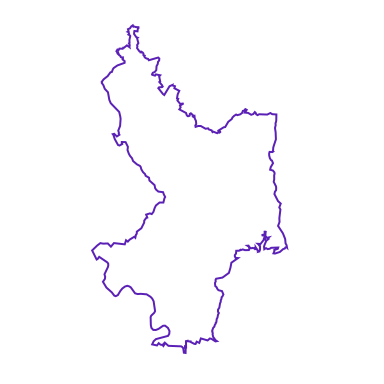 Caseiu, Cluj, Romania, rotated 5°
{"feature_id": "2599482B80732485367147", "entity_name": "Caseiu", "entity_type": "district", "adm_level": 2, "iso_a3": "ROU", "parent_name": "Romania", "parent_adm1": "Cluj", "projection": "mercator", "projection_center": [23.866, 47.234], "detail": "fine", "context": "isolated", "style": "outline", "palette": "violet", "viewbox_px": 384, "rotation_deg": 5, "n_neighbors": 0, "source": "geoboundaries", "source_scale": "gbopen_adm2", "svg_char_len": 6040}
<svg xmlns="http://www.w3.org/2000/svg" viewBox="0 0 384 384"><g transform="rotate(5 192 192)"><path d="M291.5,239.1L290.8,236.6L289.7,235.1L288.9,230.7L286.2,225.3L280.7,218.3L281.8,214.2L281.3,210.4L281.6,201.7L280.3,199.8L281.4,195.8L278.5,193.6L274.3,186.9L274.6,184.4L275.6,182.9L275.5,180.5L275.2,179.1L272.5,174.7L272.8,172.3L272.4,168.1L272.7,166.7L272.4,165.3L270.8,163.6L267.9,163.0L268.3,160.3L270.2,156.3L268.9,153.7L268.0,153.4L266.6,151.5L265.7,148.8L265.5,146.8L265.8,145.3L268.7,145.2L269.3,144.6L268.8,144.4L269.1,143.9L269.1,140.4L271.0,132.2L270.1,125.2L269.1,121.0L269.5,118.2L269.2,116.1L269.6,114.8L269.7,113.3L269.3,107.4L265.1,107.5L263.2,106.5L260.2,108.3L252.1,108.7L250.6,109.7L249.2,109.0L248.5,107.6L247.6,106.9L246.3,109.0L244.2,109.9L241.0,108.3L237.7,108.3L239.3,105.4L237.9,104.8L236.6,106.6L235.6,106.8L235.0,108.9L233.2,110.5L230.4,111.5L229.2,111.0L227.3,112.5L225.9,114.1L225.2,115.9L222.0,118.9L219.4,124.4L217.9,124.8L212.2,129.1L213.1,128.8L214.8,129.4L214.9,129.8L214.2,130.5L212.6,130.5L212.0,131.2L207.8,130.0L207.2,130.5L206.2,128.9L203.3,128.2L202.5,127.2L200.0,127.8L195.0,125.5L192.4,125.7L189.9,126.8L189.5,125.4L190.3,123.9L189.7,120.8L188.3,118.4L187.8,115.8L186.9,116.0L186.9,117.1L186.6,117.0L186.0,116.3L186.0,115.2L184.0,113.7L183.0,114.4L183.0,116.1L182.2,116.7L181.0,116.8L180.0,115.8L179.2,113.8L172.2,110.8L173.3,108.6L172.5,107.0L175.9,104.5L172.6,105.3L169.5,102.1L170.1,100.4L168.9,100.1L169.2,96.1L170.5,92.3L165.4,90.2L165.8,88.1L163.0,87.5L163.1,87.1L160.4,88.6L155.9,97.8L154.6,97.0L149.4,91.5L150.0,90.6L153.1,90.1L154.2,88.9L153.4,89.4L152.9,88.3L149.9,85.3L150.7,84.7L149.2,79.7L150.1,78.5L145.8,78.0L145.0,79.3L142.1,78.7L141.9,78.3L142.6,76.6L144.3,75.8L145.8,73.7L145.7,69.8L146.7,67.5L146.8,65.3L147.8,63.9L147.8,61.9L146.6,61.0L137.5,64.5L136.6,63.2L135.0,63.0L133.2,62.0L132.7,61.2L133.0,60.3L131.7,59.9L131.5,58.2L130.8,57.4L129.6,56.8L129.4,57.4L128.5,57.4L128.3,56.7L127.3,56.4L124.7,53.4L124.9,51.6L124.5,50.4L125.6,48.4L123.8,43.4L124.3,43.0L123.0,42.6L120.5,39.6L120.5,37.3L120.6,36.6L123.7,36.7L123.8,33.6L124.4,33.3L124.3,32.5L121.6,32.6L119.7,32.1L119.2,32.4L118.5,31.1L117.0,32.4L115.9,34.4L114.0,35.4L114.8,37.4L114.0,38.0L114.9,38.3L115.5,39.7L114.9,40.7L116.5,41.4L116.9,42.0L116.4,46.0L116.8,48.9L116.2,49.4L117.0,50.6L117.2,51.9L116.9,52.6L117.1,53.2L114.4,51.6L111.7,54.2L110.9,54.2L110.5,55.3L107.2,55.5L106.5,57.0L105.3,56.6L104.1,59.1L104.7,58.3L105.8,60.6L107.2,61.7L105.8,60.0L106.2,59.5L107.5,62.0L108.8,62.7L109.3,63.8L110.4,64.2L111.4,63.9L111.6,64.8L111.3,66.0L113.5,67.5L113.6,69.2L106.7,72.4L103.2,75.3L102.5,76.5L101.7,79.4L100.3,79.9L97.9,83.9L94.1,87.5L92.5,90.1L92.8,90.4L92.6,91.2L94.4,93.3L96.1,96.8L99.6,100.0L101.6,107.4L103.3,110.6L112.5,118.6L114.0,123.2L114.5,125.4L114.6,132.5L113.2,137.3L114.0,139.3L113.9,140.1L114.7,141.3L112.3,143.2L109.4,140.8L108.1,141.3L108.7,141.9L110.4,145.9L114.2,151.6L115.7,152.0L119.0,149.9L117.8,150.0L117.7,148.3L121.5,148.1L124.2,152.6L124.1,155.8L125.7,159.3L127.0,161.3L129.3,163.6L130.6,166.3L134.8,169.3L137.8,170.5L138.7,171.5L139.6,173.9L141.5,176.5L143.7,178.3L144.4,179.9L147.9,181.5L148.6,184.3L154.1,188.4L155.0,191.5L156.2,192.9L158.4,194.5L163.2,194.7L164.2,197.0L165.7,199.3L165.1,200.6L164.4,205.0L160.6,205.3L157.2,208.6L156.2,211.2L155.3,215.2L153.8,217.5L151.9,217.0L148.3,218.5L149.7,221.4L148.5,222.0L146.9,224.7L147.0,226.7L144.7,232.5L140.5,236.3L140.6,238.4L139.9,239.5L139.5,242.5L138.4,241.6L134.0,244.9L132.4,247.0L130.5,245.8L129.6,250.0L118.7,249.7L116.0,253.5L112.6,250.6L107.9,251.2L105.2,250.9L102.3,253.5L97.6,258.9L102.9,267.6L103.7,267.1L105.2,264.7L113.6,269.4L114.7,270.5L115.0,272.3L114.8,274.0L112.0,281.6L112.9,284.1L112.8,286.2L111.1,289.2L115.1,294.7L120.9,299.0L123.6,302.0L125.1,302.4L127.1,301.2L129.2,296.9L131.0,294.2L133.5,292.0L135.7,291.1L137.7,291.5L139.3,292.3L144.1,297.9L146.7,298.4L150.0,297.9L155.7,297.9L159.8,300.0L161.7,301.7L163.3,304.2L165.6,313.9L164.9,315.6L162.1,318.8L161.7,320.3L162.6,328.2L163.4,330.9L165.5,332.8L168.0,332.6L170.6,331.3L174.8,327.8L176.8,327.5L179.9,329.5L181.7,332.5L181.7,335.3L180.7,337.4L168.9,341.7L166.8,344.0L165.6,347.3L170.5,347.9L172.0,345.5L173.8,346.8L176.0,347.0L176.9,347.9L177.7,346.3L176.9,345.8L178.0,344.4L181.9,347.3L194.6,346.7L195.7,347.2L196.9,348.4L197.9,352.8L199.6,352.9L199.3,347.7L198.5,347.8L198.5,346.4L199.6,346.9L199.0,341.1L200.6,340.6L200.7,341.1L203.6,341.0L203.6,341.5L207.6,343.1L208.8,343.1L209.7,340.7L212.4,341.7L213.6,337.1L220.5,338.5L222.5,336.4L224.2,336.6L228.4,338.8L229.8,338.4L228.4,337.6L225.7,334.5L224.9,331.9L225.0,330.8L224.3,329.3L224.5,328.8L224.2,328.3L225.0,325.4L226.0,324.2L226.3,322.4L227.1,321.0L227.0,320.3L227.6,319.5L227.7,316.3L228.3,315.0L228.6,312.0L229.3,310.2L228.3,309.0L228.2,306.9L229.3,304.9L229.6,300.7L230.2,298.8L230.1,297.4L230.6,296.1L230.7,294.2L231.4,293.4L232.2,291.3L230.5,288.1L226.9,287.5L225.5,286.1L224.9,284.8L223.4,283.7L222.8,280.7L223.4,279.0L223.1,277.6L223.6,276.3L229.8,274.6L235.8,269.4L236.9,264.1L237.4,259.0L243.6,253.8L241.1,253.8L240.2,252.1L240.2,251.1L241.2,249.5L241.2,246.7L244.0,246.4L245.2,245.4L245.5,245.7L247.6,244.8L249.8,245.3L253.7,244.9L254.1,243.0L253.2,241.4L251.9,240.7L253.0,240.5L254.6,242.9L254.9,242.4L255.8,242.9L257.4,242.4L258.1,242.7L259.5,242.1L259.8,243.4L260.4,243.3L260.2,241.5L261.5,243.3L262.1,243.5L262.4,244.8L263.7,245.0L263.4,245.7L264.2,245.4L264.1,244.8L264.6,244.4L264.8,243.4L264.5,240.2L263.8,239.6L264.0,239.3L262.1,237.9L264.8,237.8L267.5,233.6L267.6,232.7L269.0,233.1L268.8,231.7L268.1,231.0L268.4,230.1L268.2,229.1L266.0,229.1L265.9,228.6L268.6,227.7L268.0,226.7L267.8,225.2L268.2,225.1L268.9,225.2L268.7,230.2L269.2,229.5L270.6,231.1L272.6,230.5L271.9,231.3L272.4,232.0L270.2,234.2L269.0,237.9L268.5,240.1L269.0,242.7L270.6,241.5L272.4,242.3L274.5,241.7L275.7,240.7L282.7,239.8L282.4,241.1L279.0,242.6L279.2,243.9L278.5,246.0L280.0,246.1L284.7,244.1L287.8,240.9L289.4,240.2L289.9,239.1L291.0,238.7L291.5,239.1Z" fill="none" stroke="#5b21b6" stroke-width="2"/></g></svg>